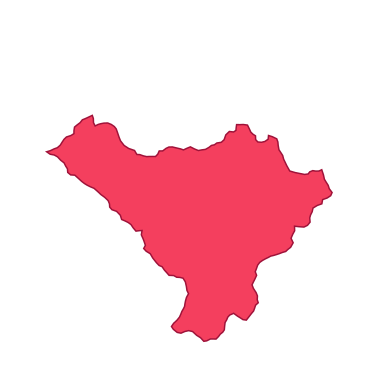 outline of São Gonçalo do Rio Abaixo, Minas Gerais, Brazil, rotated 316°
{"feature_id": "56859067B788789962978", "entity_name": "São Gonçalo do Rio Abaixo", "entity_type": "district", "adm_level": 2, "iso_a3": "BRA", "parent_name": "Brazil", "parent_adm1": "Minas Gerais", "projection": "robinson", "projection_center": [-43.325, -19.797], "detail": "fine", "context": "isolated", "style": "filled", "palette": "rose", "viewbox_px": 384, "rotation_deg": 316, "n_neighbors": 0, "source": "geoboundaries", "source_scale": "gbopen_adm2", "svg_char_len": 3080}
<svg xmlns="http://www.w3.org/2000/svg" viewBox="0 0 384 384"><g transform="rotate(316 192 192)"><path d="M96.8,307.6L99.2,309.3L103.1,310.5L107.2,314.5L110.7,314.4L113.6,313.9L116.7,314.2L119.5,313.6L122.4,311.1L125.1,308.9L128.3,308.0L130.7,306.9L133.6,306.7L137.7,308.2L138.5,312.9L139.3,316.0L140.0,319.2L142.1,321.9L146.3,321.3L150.5,320.7L153.6,320.4L156.1,319.2L159.1,317.6L162.7,317.7L164.1,314.8L166.9,312.2L168.2,309.0L169.2,304.0L170.7,300.5L173.6,299.4L176.8,298.3L180.6,296.8L182.1,293.3L184.9,292.0L188.5,290.2L191.8,289.7L195.2,290.2L198.5,291.1L201.5,292.1L204.1,292.8L206.6,294.3L209.3,295.7L212.0,297.0L215.1,298.3L218.1,299.9L220.9,299.9L224.5,300.3L229.5,298.8L231.1,294.1L235.1,292.4L238.9,291.2L242.0,287.8L244.7,291.1L248.2,295.0L251.9,296.2L256.0,295.7L258.7,292.4L261.3,290.9L264.7,289.7L267.9,287.6L272.8,288.7L277.2,290.7L280.7,288.2L285.0,290.2L289.2,291.0L292.4,289.7L293.0,285.0L294.6,281.8L295.3,278.3L296.1,274.8L298.5,270.9L300.8,266.1L297.9,265.1L295.5,262.9L293.7,260.5L290.7,259.3L288.1,259.7L285.2,257.6L283.6,255.3L279.7,249.7L276.9,244.8L278.5,238.7L279.6,235.5L280.7,232.1L282.6,228.7L283.3,225.2L283.9,222.0L286.4,218.3L288.5,215.7L289.9,212.6L288.2,208.0L286.3,204.5L283.5,206.9L279.6,206.3L276.5,204.5L274.1,201.7L274.2,198.5L276.7,195.7L276.0,192.8L275.9,189.8L277.1,186.4L278.4,182.4L275.7,179.0L273.2,176.8L270.9,174.5L268.5,176.4L266.4,178.2L263.6,177.7L260.9,174.4L256.0,174.4L251.4,176.7L247.6,176.6L243.9,174.0L240.9,173.6L238.3,172.0L235.3,171.7L231.3,170.7L228.3,168.5L225.4,166.6L223.7,162.8L222.2,158.4L218.4,156.9L215.1,155.8L213.7,153.0L211.3,149.3L209.2,146.0L206.6,143.6L203.7,142.6L199.5,142.1L196.9,139.7L193.7,141.0L190.4,141.1L188.4,139.1L186.1,136.9L184.0,135.1L182.1,132.2L180.4,128.8L178.4,126.7L179.5,122.2L176.7,116.7L175.5,111.4L176.1,105.6L177.6,101.9L179.7,97.5L181.3,94.0L181.6,91.0L180.9,87.4L179.3,83.8L176.4,81.2L173.8,79.5L171.4,78.2L168.2,77.2L169.3,73.7L172.1,70.6L173.5,67.6L168.5,65.9L165.7,64.9L163.3,63.9L159.7,64.4L155.5,63.9L152.6,63.7L149.8,65.8L147.6,68.0L144.2,67.3L139.9,65.2L136.5,65.2L133.4,65.9L129.7,66.8L125.9,66.6L122.8,65.2L118.9,63.9L115.4,62.1L116.2,66.3L118.6,69.7L119.7,73.3L119.6,77.9L120.2,82.2L119.1,85.8L118.5,88.8L116.2,91.6L116.6,95.4L119.4,98.5L119.7,102.7L120.0,107.7L120.5,111.1L121.3,114.2L122.5,117.6L124.1,121.3L124.5,126.2L124.7,130.6L125.5,135.2L125.7,139.9L124.4,143.2L122.3,145.7L122.1,149.1L124.3,153.5L124.3,158.9L122.3,162.9L123.7,166.2L124.9,169.6L125.5,173.0L124.8,176.9L124.5,181.2L127.2,183.2L129.3,185.0L125.8,187.6L124.4,191.5L123.1,194.5L121.4,198.0L118.0,199.1L117.9,202.8L119.1,207.4L117.9,212.3L117.3,218.3L117.3,222.0L118.6,224.9L117.9,229.1L117.8,232.5L117.6,236.0L120.8,239.4L121.8,242.7L124.0,245.1L125.7,247.8L124.8,252.0L122.3,256.1L120.0,259.3L118.9,262.7L114.8,264.0L111.7,265.8L109.3,267.5L107.1,269.2L104.5,270.1L101.7,270.9L98.9,272.2L96.1,273.3L92.1,273.8L87.6,273.7L83.8,274.5L83.2,277.8L83.8,282.7L86.0,285.9L90.0,287.4L93.3,289.4L95.5,292.8L95.8,298.3L96.9,302.7L96.8,307.6Z" fill="#f43f5e" stroke="#9f1239" stroke-width="1.5"/></g></svg>